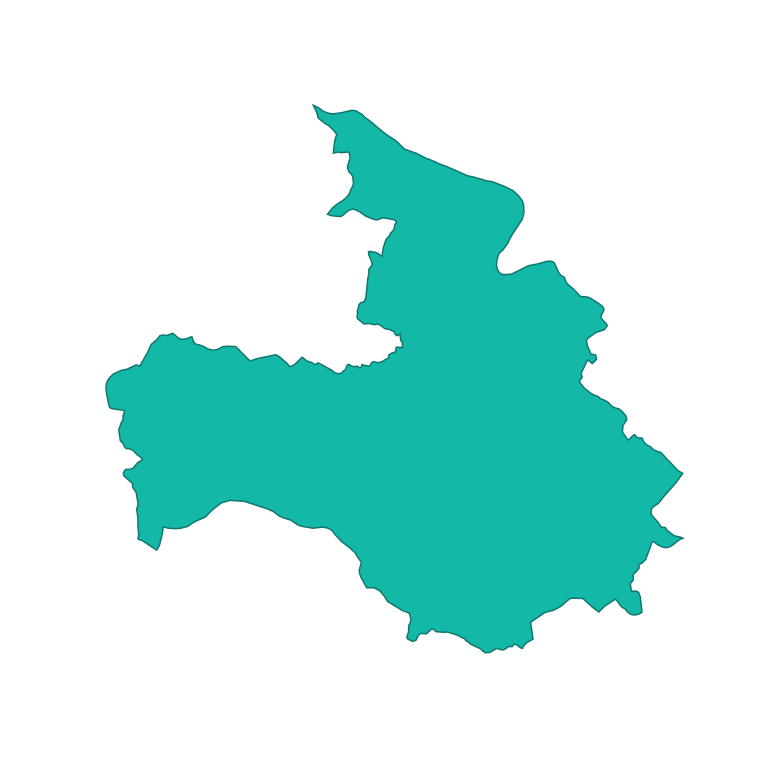 Mai Chau, Hòa Bình, Vietnam (orthographic projection), rotated 348°
{"feature_id": "81297802B54863694878388", "entity_name": "Mai Chau", "entity_type": "district", "adm_level": 2, "iso_a3": "VNM", "parent_name": "Vietnam", "parent_adm1": "Hòa Bình", "projection": "orthographic", "projection_center": [105.025, 20.716], "detail": "fine", "context": "isolated", "style": "filled", "palette": "teal", "viewbox_px": 768, "rotation_deg": 348, "n_neighbors": 0, "source": "geoboundaries", "source_scale": "gbopen_adm2", "svg_char_len": 6169}
<svg xmlns="http://www.w3.org/2000/svg" viewBox="0 0 768 768"><g transform="rotate(348 384 384)"><path d="M588.9,660.9L590.4,645.6L589.9,641.5L589.1,640.1L587.8,639.1L583.6,638.3L582.9,637.4L583.4,630.9L583.6,630.2L587.1,627.6L588.0,622.3L592.5,619.4L595.2,617.2L595.8,613.8L599.0,612.8L603.3,610.2L611.0,598.3L611.6,596.7L613.6,594.1L614.8,594.1L618.1,598.0L622.1,601.1L624.4,602.3L626.4,602.8L629.3,602.7L632.2,601.8L641.2,597.4L644.3,597.1L643.2,596.0L636.2,592.7L630.6,586.2L629.3,582.8L626.3,582.0L624.9,580.7L623.3,576.3L619.0,568.7L618.4,566.4L619.3,562.2L622.3,559.8L627.4,557.9L634.7,551.9L648.4,541.8L657.6,533.5L653.4,529.7L646.5,518.3L645.5,517.0L641.5,510.0L640.0,508.2L635.6,505.7L633.8,504.1L631.6,500.8L628.3,498.1L625.8,494.2L625.4,490.8L624.9,490.4L621.3,489.6L620.1,488.4L619.0,486.2L618.3,485.6L615.4,487.0L612.3,489.2L610.9,489.4L607.5,481.2L607.4,479.9L609.1,474.3L613.9,469.6L614.1,466.8L613.8,465.1L611.1,460.2L608.9,457.4L604.9,455.3L602.2,453.1L599.5,448.6L597.3,446.5L592.4,443.1L591.1,441.0L586.9,438.3L584.3,436.0L579.1,429.7L575.8,423.3L575.9,422.1L576.7,421.0L579.4,418.4L579.0,416.4L579.3,414.2L588.1,402.8L590.2,404.8L591.9,407.3L597.0,404.1L597.1,399.6L592.7,397.8L590.9,389.2L591.0,383.5L593.4,381.4L601.9,377.7L610.8,376.7L614.3,373.7L614.4,372.1L610.3,365.4L610.1,364.0L611.2,361.5L614.5,357.5L614.5,355.2L614.0,353.7L610.0,349.1L603.6,342.9L601.3,341.3L594.2,339.1L589.1,330.6L584.2,324.3L582.9,320.7L582.6,317.3L579.2,314.0L578.1,311.5L576.0,301.8L575.4,300.4L574.0,299.2L571.6,298.2L567.8,297.9L559.3,298.5L550.0,298.3L532.6,302.8L530.1,302.9L522.7,301.7L520.3,299.4L519.3,297.5L518.7,295.1L518.6,291.7L519.6,287.8L522.4,281.9L524.2,279.9L528.5,277.3L534.6,271.8L534.4,271.6L540.7,264.2L553.6,251.5L556.4,245.7L557.8,238.0L557.5,234.5L556.8,232.1L554.2,226.9L550.3,221.6L543.1,215.9L532.2,208.8L526.2,206.4L515.1,200.4L509.1,197.7L490.7,184.5L484.5,180.6L475.1,173.7L473.0,172.7L463.4,165.0L453.5,158.9L452.2,157.7L446.5,148.9L438.6,140.9L434.4,136.0L425.4,124.4L421.2,119.8L418.4,115.6L413.2,110.8L409.2,109.6L398.2,109.8L390.5,109.2L387.5,108.2L384.9,107.0L381.1,104.4L377.1,99.9L372.8,96.7L374.5,103.6L374.9,106.4L374.9,110.0L380.8,117.3L383.3,119.3L387.9,126.1L389.7,130.3L387.8,133.0L386.0,136.9L382.4,147.6L387.5,147.6L390.5,148.9L397.1,149.6L398.0,150.6L398.1,154.3L397.6,156.1L393.5,163.9L393.3,165.5L393.9,169.1L394.8,170.8L395.7,171.5L396.4,174.3L396.3,178.1L395.7,181.6L394.6,184.0L392.4,186.3L390.6,189.3L388.4,191.9L383.8,195.1L373.7,199.2L370.2,201.1L363.9,206.3L368.3,208.7L376.4,211.2L379.5,210.2L382.6,208.2L386.3,206.6L390.4,206.4L395.5,210.0L400.4,215.3L402.6,217.1L408.6,221.1L411.9,222.1L416.8,221.1L418.7,221.6L427.9,225.3L430.2,227.9L427.9,230.1L425.9,234.8L423.8,236.6L422.1,237.5L419.6,240.7L416.7,242.4L415.4,244.1L412.0,249.9L408.5,258.7L405.3,255.2L403.0,253.5L397.9,251.4L396.4,251.4L395.9,254.3L397.2,260.5L397.2,264.5L396.9,265.3L393.0,268.7L392.1,273.2L390.3,276.9L384.5,295.0L381.7,299.5L378.2,299.6L376.0,301.2L374.4,305.1L373.2,306.6L372.8,309.2L371.5,313.3L371.7,314.6L376.9,321.1L382.2,321.8L386.8,324.0L390.3,324.0L392.2,325.2L396.3,330.0L400.4,331.7L404.6,334.8L405.2,335.9L405.5,338.0L406.8,339.4L407.8,339.5L410.1,338.3L409.4,345.1L410.6,347.0L410.6,347.6L409.6,352.5L407.5,351.5L406.0,351.4L404.6,350.5L403.7,350.6L402.1,354.5L401.5,355.1L397.7,355.4L395.0,356.5L394.3,357.3L393.7,359.9L390.8,360.1L386.7,361.9L382.5,361.9L378.8,360.2L377.4,360.1L375.9,361.0L374.4,363.1L372.8,363.3L368.4,361.6L366.6,360.3L365.3,362.7L363.6,363.4L361.7,361.0L358.2,360.8L356.3,359.8L354.1,357.8L352.9,357.6L352.1,357.8L349.1,362.0L346.4,363.1L345.0,364.5L341.5,364.4L338.4,363.0L335.7,359.6L323.8,349.5L321.4,350.8L320.5,350.4L316.9,347.5L313.1,345.3L310.4,341.7L309.4,340.8L301.2,346.0L298.5,347.1L296.3,347.4L294.8,346.9L293.8,344.1L287.1,335.3L284.4,332.9L265.7,332.8L258.2,333.6L256.6,331.9L246.7,316.6L239.9,314.8L234.3,313.9L229.0,315.5L224.0,315.5L218.9,313.0L215.8,310.1L211.2,307.2L208.0,305.8L206.4,302.8L205.9,297.8L199.7,298.7L195.2,298.2L192.8,296.7L187.9,290.5L181.4,291.3L177.6,290.0L174.6,290.3L171.2,293.2L164.6,296.9L159.3,304.0L149.1,315.5L145.4,313.8L135.8,316.1L129.4,316.1L121.3,318.0L118.2,319.9L114.7,322.7L112.8,325.6L111.9,327.8L111.2,330.5L110.6,336.6L110.5,346.9L110.9,349.9L111.4,350.7L113.1,351.7L123.9,355.6L124.6,356.5L122.3,360.8L121.0,365.1L118.8,367.5L115.4,373.1L115.0,374.2L114.3,384.7L116.4,388.0L117.1,391.4L118.4,393.6L120.8,394.1L124.4,396.3L127.5,401.4L132.2,406.8L131.5,407.9L126.7,409.8L120.9,414.2L118.1,414.7L114.0,413.9L112.8,414.3L110.9,416.3L110.4,418.1L110.7,420.2L117.1,428.7L116.9,433.2L119.0,438.5L118.6,449.4L118.2,451.0L116.0,455.1L115.5,463.5L113.5,473.3L112.9,479.5L111.2,484.7L114.9,486.8L127.1,499.2L129.3,497.0L131.3,494.2L136.0,484.4L138.3,477.8L143.1,480.2L149.6,482.1L155.1,482.8L162.3,482.5L169.1,479.6L181.8,476.9L188.9,472.0L200.0,466.5L209.2,465.8L223.2,469.8L244.6,482.3L249.7,486.1L253.4,490.7L257.1,493.6L264.6,497.8L270.2,503.7L273.5,505.9L284.3,510.2L293.9,511.2L298.5,512.9L302.5,516.1L305.2,521.8L309.5,528.9L315.7,536.2L320.5,542.8L323.4,550.8L324.4,552.4L324.7,553.6L324.3,554.7L321.1,560.8L320.7,564.4L321.5,569.1L324.8,579.8L331.4,581.1L335.3,583.9L337.3,586.1L339.9,590.9L342.4,597.6L354.7,609.2L360.8,613.1L361.5,616.4L361.0,621.0L359.8,623.2L357.8,625.8L356.6,631.3L353.7,636.3L353.7,637.4L354.3,638.5L358.3,641.6L361.2,641.5L362.2,641.1L365.2,637.1L367.0,635.9L369.3,635.8L372.7,637.1L374.0,637.0L378.9,633.8L380.4,633.6L381.3,634.1L383.5,637.1L390.5,639.2L394.6,639.8L403.9,645.1L408.6,649.2L410.3,649.6L410.2,650.7L410.7,652.1L412.6,653.6L414.5,656.4L423.0,662.8L424.3,664.3L425.1,666.0L426.4,666.7L426.7,667.8L430.1,668.4L432.2,668.4L439.3,666.0L443.4,668.4L445.6,668.8L448.0,668.3L451.2,666.8L452.3,666.8L454.6,667.6L457.2,665.6L459.3,666.4L463.0,670.7L464.6,671.3L466.3,669.1L469.8,666.7L476.7,664.5L477.9,647.5L494.1,640.9L502.7,640.6L510.6,638.3L521.1,632.5L524.3,632.8L533.9,635.1L541.6,645.8L546.8,651.7L553.8,647.1L565.6,642.6L566.7,644.1L569.3,650.1L570.9,652.3L573.3,654.4L574.6,657.5L577.5,660.6L579.4,661.6L582.5,662.2L585.5,662.0L588.9,660.9Z" fill="#14b8a6" stroke="#0f766e" stroke-width="1.5"/></g></svg>